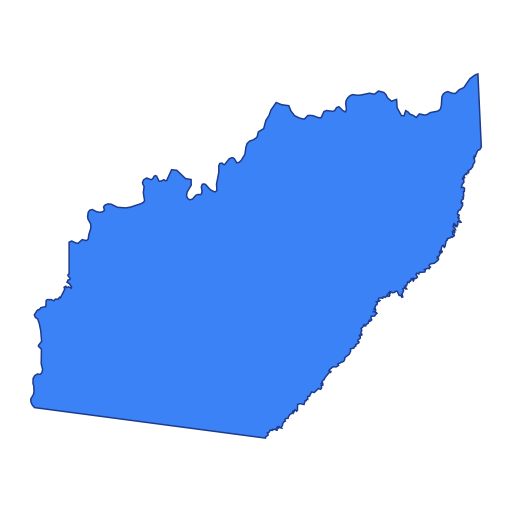 Ipixuna, Amazonas, Brazil
{"feature_id": "56859067B61069668278252", "entity_name": "Ipixuna", "entity_type": "district", "adm_level": 2, "iso_a3": "BRA", "parent_name": "Brazil", "parent_adm1": "Amazonas", "projection": "robinson", "projection_center": [-71.319, -7.144], "detail": "fine", "context": "isolated", "style": "filled", "palette": "blue", "viewbox_px": 512, "rotation_deg": 0, "n_neighbors": 0, "source": "geoboundaries", "source_scale": "gbopen_adm2", "svg_char_len": 6042}
<svg xmlns="http://www.w3.org/2000/svg" viewBox="0 0 512 512"><path d="M34.6,407.6L265.5,438.1L265.7,436.9L268.1,435.1L268.0,433.5L267.4,432.9L269.3,432.0L270.2,430.1L272.1,430.4L272.4,429.4L273.1,429.8L275.6,429.0L276.1,430.1L277.1,430.2L277.1,427.1L278.1,426.6L278.6,427.9L279.3,426.9L279.9,427.7L281.8,428.1L281.4,427.2L282.6,425.0L282.6,423.7L283.9,421.9L285.4,421.1L284.8,419.7L285.5,418.6L288.1,418.3L288.4,416.7L290.1,414.2L292.2,413.4L292.8,411.1L293.7,411.0L293.8,412.2L295.0,409.7L296.6,411.2L297.4,410.4L297.6,404.6L299.9,403.6L304.0,404.5L305.1,400.8L306.1,400.8L306.6,399.5L307.7,399.5L307.7,396.4L309.5,396.2L311.5,392.0L314.3,392.5L318.4,388.5L320.4,389.3L321.2,388.7L321.6,387.4L321.3,385.1L322.8,385.2L322.7,383.2L321.4,383.3L323.1,380.1L324.1,379.7L325.0,377.6L329.0,372.7L330.6,372.4L330.9,371.4L328.9,370.7L329.3,369.8L333.0,366.8L336.2,366.9L338.6,365.4L337.8,363.9L343.7,361.3L344.7,359.5L344.7,357.7L349.3,354.1L350.6,351.1L350.4,348.9L353.9,348.1L354.4,346.7L355.8,346.1L355.7,344.7L358.7,342.9L359.1,342.0L357.9,341.3L358.1,339.9L360.3,338.2L360.3,336.6L359.3,335.7L359.8,334.9L361.7,335.2L361.9,334.1L361.0,333.5L360.9,332.0L361.8,330.8L361.1,328.4L362.6,327.3L364.0,324.8L364.7,325.9L365.7,325.9L366.1,324.6L368.2,323.3L368.4,322.0L369.8,321.3L369.1,320.8L369.7,320.0L371.0,320.5L371.7,319.9L370.9,317.4L371.2,316.3L374.7,316.0L375.4,314.7L377.0,313.4L376.3,312.5L373.9,311.8L375.4,311.1L375.7,309.9L375.2,308.4L374.2,309.0L375.9,305.1L377.0,304.6L377.3,302.5L376.5,301.8L379.1,301.3L379.9,300.5L378.4,299.9L378.5,298.6L379.3,297.9L382.8,298.2L383.0,297.0L384.0,296.8L385.3,297.4L387.3,295.3L387.9,296.4L389.1,296.4L389.8,295.3L389.4,294.2L390.2,293.4L389.5,292.9L388.5,293.3L389.9,291.5L392.5,292.7L394.5,292.4L396.1,291.1L397.2,291.3L399.0,295.2L400.1,295.7L401.1,295.3L401.8,297.3L402.8,296.9L402.0,294.2L403.6,290.7L402.9,288.7L404.6,287.8L405.6,289.0L406.7,288.9L404.8,286.3L405.5,285.6L406.5,285.8L407.7,282.1L409.0,282.6L409.5,281.1L410.4,281.2L411.1,280.2L411.2,278.7L412.0,279.0L413.3,278.2L413.7,279.2L416.7,278.0L417.4,277.0L416.0,274.4L416.7,273.2L418.9,274.0L419.2,272.4L424.8,272.0L425.4,270.1L424.5,269.4L428.3,268.2L429.1,268.8L430.4,267.0L429.4,266.5L429.1,265.2L430.2,264.0L434.4,263.2L437.6,260.6L438.5,259.6L438.5,258.3L437.1,257.9L437.4,256.5L438.6,256.6L440.5,252.9L441.6,252.7L442.2,251.8L441.1,249.2L441.9,246.3L443.1,245.3L444.2,247.4L445.0,246.6L446.0,241.4L447.5,239.7L447.2,238.7L450.6,237.7L451.3,236.8L452.2,237.3L454.3,235.7L454.1,234.5L452.8,234.4L452.5,232.0L454.5,232.8L454.9,231.9L453.7,231.4L453.2,230.3L455.6,229.9L454.5,227.9L453.4,227.4L453.3,225.8L454.2,225.4L453.5,224.8L454.0,223.6L454.8,224.2L455.0,225.2L456.3,225.5L455.5,226.5L456.8,226.7L457.4,225.5L457.9,224.2L457.7,221.7L459.2,221.5L458.8,219.1L459.2,218.1L457.8,217.5L459.2,215.7L458.9,214.8L457.6,214.5L457.5,213.3L458.5,210.5L460.2,209.8L462.6,205.3L462.5,202.8L461.5,203.2L461.2,202.4L461.6,200.1L463.0,199.3L463.5,198.1L462.7,197.3L463.7,196.2L463.4,191.6L464.3,191.5L464.5,188.3L463.5,187.4L461.4,187.6L462.2,184.3L463.9,182.2L463.7,179.5L462.5,179.1L463.0,177.7L464.0,178.2L464.7,177.5L463.7,176.2L465.7,173.9L466.6,174.4L467.0,172.9L468.3,172.9L468.9,171.9L468.1,170.7L470.8,169.1L472.8,166.5L472.8,165.1L474.7,162.0L474.4,158.7L473.7,158.2L475.3,156.6L474.2,156.2L475.7,155.2L477.6,150.6L479.9,149.5L481.3,146.9L477.9,73.9L475.0,75.0L470.0,78.6L463.8,87.6L459.2,89.7L455.4,93.5L452.4,93.3L447.7,91.6L445.2,92.5L443.2,94.1L441.9,96.8L441.3,105.8L440.3,109.2L437.9,111.1L430.2,112.6L427.2,114.5L424.9,115.1L419.3,113.9L416.3,117.5L413.1,115.3L410.0,114.2L408.1,112.0L405.7,110.6L404.0,115.8L401.4,115.6L397.1,107.7L396.6,99.4L391.4,101.2L387.4,97.7L386.0,94.7L383.8,92.4L378.5,91.0L374.5,94.2L369.5,93.2L361.0,95.0L357.6,95.3L352.5,94.6L350.1,95.6L347.8,97.8L346.1,100.7L345.7,103.5L346.4,109.6L345.4,111.9L343.1,110.8L338.9,106.7L336.5,107.6L334.6,110.8L332.4,111.3L326.4,110.5L323.8,111.7L321.2,117.7L318.5,117.7L312.8,115.6L310.1,115.4L307.8,115.5L304.2,119.2L299.3,118.0L294.5,115.6L290.9,110.9L288.8,105.7L281.6,104.7L276.2,102.5L270.9,110.1L269.0,115.6L265.9,120.3L263.7,128.6L258.4,131.8L257.2,136.6L256.4,137.7L253.4,139.8L249.6,141.1L247.1,143.5L246.0,146.8L244.9,154.3L241.2,160.4L239.1,162.3L236.8,162.9L234.4,158.8L233.4,158.0L231.9,157.7L229.3,158.7L224.6,164.6L223.8,164.6L222.0,163.1L219.7,163.5L218.8,165.7L218.8,172.3L216.5,184.1L216.9,190.4L216.0,191.4L214.6,191.9L211.7,190.5L209.7,189.1L205.5,184.4L203.4,183.9L202.2,184.4L201.3,187.0L202.0,190.7L201.6,193.6L200.6,194.6L197.9,194.5L195.9,195.2L192.5,199.1L189.9,199.8L187.7,198.6L186.5,195.7L187.1,192.1L191.2,185.2L191.1,179.5L185.5,178.6L176.8,170.3L171.6,169.7L166.7,180.5L165.6,180.8L163.9,179.7L161.3,181.0L159.0,181.2L156.6,176.1L155.2,175.6L154.0,176.4L152.7,178.8L151.2,179.7L146.6,178.0L143.7,179.8L142.5,182.5L142.7,183.9L144.1,186.4L143.3,192.8L144.6,200.7L143.4,202.4L141.1,203.6L130.6,207.1L125.8,207.9L117.5,207.3L111.2,204.2L108.0,203.9L105.4,204.8L104.3,205.8L103.6,207.0L104.4,210.1L103.6,211.2L102.2,211.9L99.7,212.3L96.6,211.7L92.3,209.5L89.7,210.2L88.2,212.3L87.6,216.7L88.0,219.1L90.7,224.0L90.9,228.0L88.9,234.3L88.1,239.4L86.2,240.6L82.2,239.6L78.1,243.3L75.7,242.9L71.7,241.0L69.1,242.2L69.1,274.1L68.2,274.4L67.9,275.6L70.3,278.6L69.5,279.6L68.0,280.0L67.0,282.3L69.4,283.7L71.6,287.0L71.3,288.1L68.7,286.9L66.3,287.5L65.8,286.2L64.1,287.3L64.7,289.3L60.5,297.7L59.6,297.2L58.1,299.2L55.4,299.1L53.8,300.8L51.3,299.6L47.2,299.6L46.2,300.5L45.8,306.5L40.8,307.7L39.3,309.7L38.3,309.6L37.1,310.5L34.3,314.9L35.4,317.4L37.6,318.9L39.1,322.9L40.7,330.5L41.6,341.3L38.6,345.2L38.4,346.3L41.4,349.1L41.2,363.8L42.6,369.4L41.9,372.6L40.2,374.4L37.4,374.0L34.9,375.5L33.1,378.4L33.0,383.5L33.8,386.2L34.0,391.9L33.4,394.5L30.7,399.1L31.0,402.3L32.4,405.2L34.6,407.6ZM440.5,252.9L439.6,252.7L439.6,251.5L440.6,250.7L441.0,251.7L440.5,252.9ZM459.2,221.5L460.0,222.4L461.0,222.3L460.3,221.1L459.2,221.5ZM413.7,279.2L412.8,280.0L413.3,281.0L413.8,280.3L413.7,279.2Z" fill="#3b82f6" stroke="#1e3a8a" stroke-width="1.5"/></svg>